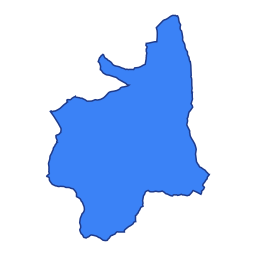 Bazna, Sibiu, Romania
{"feature_id": "2599482B54084390752294", "entity_name": "Bazna", "entity_type": "district", "adm_level": 2, "iso_a3": "ROU", "parent_name": "Romania", "parent_adm1": "Sibiu", "projection": "robinson", "projection_center": [24.243, 46.214], "detail": "fine", "context": "isolated", "style": "filled", "palette": "blue", "viewbox_px": 256, "rotation_deg": 0, "n_neighbors": 0, "source": "geoboundaries", "source_scale": "gbopen_adm2", "svg_char_len": 5747}
<svg xmlns="http://www.w3.org/2000/svg" viewBox="0 0 256 256"><path d="M107.1,240.4L107.5,240.1L108.0,239.2L109.2,238.1L109.9,237.1L110.2,236.5L111.3,235.5L112.6,235.2L112.9,234.9L114.1,234.4L114.8,234.2L115.5,233.3L116.6,232.1L117.1,231.9L117.7,231.8L118.6,232.0L124.4,232.0L124.3,231.0L124.4,230.4L124.9,229.7L126.4,228.4L128.8,226.5L130.4,225.7L132.8,224.0L133.2,223.5L133.6,222.6L134.1,222.0L134.8,221.7L135.7,221.6L135.5,220.1L135.5,215.6L136.7,214.8L137.4,213.4L137.6,213.2L138.0,213.1L138.5,211.8L139.0,210.8L139.7,209.9L140.5,208.0L140.9,207.3L141.7,206.8L143.0,206.3L142.6,204.4L143.0,203.3L142.6,200.6L143.2,197.4L143.5,195.7L144.5,194.4L145.3,192.1L146.0,191.4L147.5,190.6L148.5,190.5L149.3,191.4L149.8,191.6L150.9,191.8L153.1,191.8L155.4,191.3L156.1,191.3L158.3,191.7L159.8,191.6L160.6,191.5L162.0,191.1L162.4,191.1L164.0,192.1L165.7,193.6L166.3,193.9L167.0,193.9L170.3,195.5L171.9,195.9L172.6,195.9L173.2,195.1L173.8,194.8L175.5,194.9L176.6,194.8L177.6,195.4L179.4,195.0L181.3,194.3L182.9,195.0L183.7,194.9L187.2,195.7L188.5,195.3L189.4,195.1L189.9,194.4L190.3,194.1L192.1,192.0L192.9,190.6L193.2,190.5L196.9,192.2L200.9,194.3L201.4,193.3L201.6,192.4L201.5,191.1L202.1,190.8L203.9,188.8L203.9,188.2L204.4,187.6L204.1,186.9L203.1,186.0L202.7,185.2L203.2,183.9L204.6,182.2L206.1,179.8L207.1,178.9L207.3,177.4L207.4,177.0L209.2,174.8L209.3,174.5L208.8,174.5L207.4,172.8L206.4,171.9L205.2,170.3L202.5,168.6L201.4,167.7L199.7,167.0L198.8,165.6L198.8,165.2L198.3,164.8L198.0,164.3L196.5,161.8L195.5,154.0L196.2,149.5L196.0,148.2L195.3,145.7L194.6,143.8L193.0,140.9L191.8,139.0L190.6,136.8L190.1,135.4L190.0,134.9L190.0,134.3L189.6,132.4L189.7,130.9L186.8,125.0L186.9,124.0L187.6,121.0L187.3,118.5L187.2,118.3L187.4,118.1L187.9,117.2L188.4,114.9L188.6,113.3L188.7,113.2L188.9,112.5L189.1,112.2L189.1,111.9L190.1,110.9L192.7,107.2L192.2,105.5L191.0,103.7L191.4,102.8L191.8,101.1L192.3,99.8L192.5,98.8L192.3,97.6L192.2,93.3L191.9,93.3L191.7,93.0L191.8,92.7L192.4,92.1L191.7,91.5L191.8,90.0L192.0,89.1L192.1,88.2L191.8,85.7L191.7,79.2L191.4,77.7L191.0,77.1L190.9,76.7L190.9,76.1L191.2,75.8L191.2,75.4L190.8,65.4L190.3,61.6L189.9,61.6L189.3,59.7L188.9,57.3L188.7,56.8L187.9,55.4L187.5,54.3L187.4,51.8L185.9,49.5L185.3,48.2L185.1,47.4L184.9,45.5L184.6,44.0L182.9,40.8L182.6,40.1L182.7,37.3L182.1,33.5L181.5,30.9L180.6,30.1L180.1,28.5L180.2,26.6L180.5,25.5L180.6,24.9L180.4,24.4L179.3,22.5L178.8,20.4L178.5,18.0L178.0,16.9L177.8,16.2L177.4,15.8L176.5,16.1L175.8,15.6L175.4,15.4L174.3,15.5L173.7,15.4L172.6,15.4L170.5,16.4L168.2,18.1L167.0,18.8L166.2,19.3L164.3,19.9L163.1,20.6L156.3,27.7L157.1,30.4L157.3,33.0L157.2,37.3L156.8,41.7L154.5,41.8L148.7,43.1L146.3,43.4L146.4,43.7L146.2,44.2L145.9,45.1L146.0,45.5L147.1,46.7L147.1,47.1L146.8,48.2L146.4,48.6L146.4,49.1L146.2,49.5L146.4,50.2L146.2,50.7L146.2,51.1L146.7,52.6L146.8,53.4L146.6,53.9L146.5,54.9L146.3,55.6L146.4,56.6L146.2,57.3L146.2,58.8L145.2,64.3L142.8,65.4L141.0,66.5L138.5,67.5L134.7,67.9L133.7,69.5L129.4,69.4L128.6,69.6L126.7,69.2L125.8,69.5L124.0,68.6L121.7,67.9L119.3,66.8L117.8,66.4L115.7,66.0L114.3,65.5L113.5,65.1L112.5,64.2L111.5,62.7L111.0,62.2L109.0,60.7L107.8,60.1L106.9,59.0L105.8,58.4L105.0,57.9L104.3,56.8L103.8,55.5L103.6,54.9L102.9,54.4L102.4,54.9L101.3,55.6L100.2,57.2L99.6,57.7L98.2,61.7L98.9,62.3L99.4,62.8L100.4,65.6L100.6,66.6L100.3,69.4L100.4,69.8L101.2,70.2L103.1,72.8L103.9,73.4L104.6,73.7L105.3,74.3L106.9,74.9L109.3,75.2L114.3,76.9L116.0,77.3L116.9,77.9L118.7,79.4L125.9,83.4L127.1,84.6L128.2,85.0L129.0,85.1L128.2,85.7L126.6,86.3L125.4,86.5L124.4,86.8L122.1,87.1L121.2,87.5L120.6,87.8L120.1,88.4L120.0,88.8L119.7,89.0L118.9,89.5L116.8,90.5L113.9,91.2L111.1,91.6L109.5,92.1L108.6,92.7L105.4,96.2L104.1,97.4L103.3,98.0L100.6,99.4L97.7,100.0L97.0,100.0L95.5,99.7L94.6,99.9L93.8,100.3L92.9,100.6L92.2,100.9L91.2,101.1L87.4,101.2L86.7,100.9L84.7,99.5L83.8,99.2L82.6,98.5L82.0,98.2L80.5,98.2L79.2,97.6L78.3,97.6L77.6,97.4L76.3,97.3L75.5,96.8L75.3,96.6L75.3,96.4L74.5,96.9L73.7,97.2L71.9,98.4L71.4,99.0L70.6,99.6L70.0,99.8L68.9,99.6L68.6,99.7L67.9,99.6L67.2,99.7L66.9,100.3L67.1,100.7L67.0,101.5L67.2,101.8L67.5,102.0L66.9,102.4L66.4,102.8L66.3,103.1L65.1,103.9L63.8,104.9L60.3,108.2L59.4,108.8L57.9,109.7L55.3,111.0L53.9,111.1L52.0,111.8L51.7,111.8L51.6,111.5L51.8,111.2L51.5,111.0L50.7,111.1L50.3,111.4L53.9,116.4L58.3,123.4L60.9,128.2L61.0,128.5L61.0,128.9L61.1,130.0L60.8,131.5L60.8,132.2L60.7,132.5L60.1,132.9L59.2,134.0L58.5,134.5L56.9,135.0L56.3,135.3L55.9,135.7L55.9,136.1L56.2,136.6L56.0,137.2L56.3,138.3L57.2,140.3L56.7,141.8L56.8,142.3L57.1,142.4L56.6,142.8L56.1,143.8L55.3,144.7L54.7,146.2L53.6,147.6L53.3,148.3L53.2,149.5L52.1,151.9L51.7,153.0L50.2,155.8L49.9,157.1L49.9,158.3L49.4,160.5L48.6,163.0L48.5,163.9L48.9,166.2L49.0,167.9L48.9,169.1L49.0,170.3L48.8,171.9L49.3,173.0L49.3,173.5L49.1,173.9L46.9,175.9L46.7,176.2L46.8,176.4L46.9,176.5L47.7,176.7L48.8,177.3L49.1,177.6L49.3,178.0L49.3,179.2L49.5,180.4L50.3,181.7L51.9,183.9L52.5,184.4L55.4,185.8L56.7,186.0L58.1,186.5L59.4,186.5L60.3,186.3L63.8,186.5L64.7,186.8L65.8,187.4L68.7,187.5L69.8,187.7L70.9,188.3L73.0,188.8L73.6,189.2L74.3,190.1L74.9,190.7L76.4,193.0L76.5,193.8L76.5,196.6L78.4,197.6L80.0,198.7L80.6,199.5L81.2,201.0L81.8,201.6L82.5,202.6L83.6,205.5L84.1,206.6L84.3,208.1L84.4,209.7L84.2,210.6L83.8,211.7L82.9,213.0L82.1,213.7L81.4,215.7L80.6,217.5L80.2,218.8L79.7,222.8L80.4,224.8L80.6,225.7L80.7,227.2L80.6,227.8L79.8,229.7L79.9,230.4L80.3,231.7L81.2,233.7L82.4,234.7L83.2,236.1L83.3,236.5L83.5,236.9L83.8,237.3L84.1,237.5L85.2,237.6L86.0,238.0L86.5,237.8L87.1,237.3L88.6,236.8L89.0,236.5L89.8,235.7L90.2,235.5L91.0,235.0L91.6,235.0L93.7,235.4L96.1,236.0L97.3,236.5L98.5,237.4L99.9,237.8L103.0,240.2L105.3,240.6L107.1,240.4Z" fill="#3b82f6" stroke="#1e3a8a" stroke-width="1.5"/></svg>